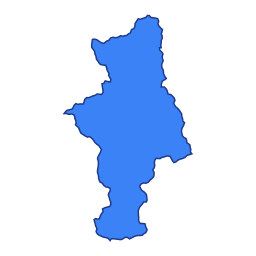 Dom Joaquim, Minas Gerais, Brazil (Robinson projection)
{"feature_id": "56859067B12051432209613", "entity_name": "Dom Joaquim", "entity_type": "district", "adm_level": 2, "iso_a3": "BRA", "parent_name": "Brazil", "parent_adm1": "Minas Gerais", "projection": "robinson", "projection_center": [-43.263, -18.933], "detail": "fine", "context": "isolated", "style": "filled", "palette": "blue", "viewbox_px": 256, "rotation_deg": 0, "n_neighbors": 0, "source": "geoboundaries", "source_scale": "gbopen_adm2", "svg_char_len": 3438}
<svg xmlns="http://www.w3.org/2000/svg" viewBox="0 0 256 256"><path d="M102.0,83.8L102.3,86.4L102.8,88.9L103.1,92.3L101.5,94.5L99.0,94.2L97.1,94.0L95.4,95.2L93.2,95.8L91.1,96.7L89.0,97.6L86.6,97.6L84.7,99.4L84.1,101.9L83.2,104.1L80.0,103.9L77.8,104.4L75.9,103.6L74.2,105.2L72.4,108.9L69.7,109.7L67.3,110.2L65.7,111.5L64.1,113.6L66.4,113.5L69.1,114.4L72.0,113.9L73.8,114.8L74.8,116.7L74.9,118.7L75.9,120.8L76.1,122.8L75.5,124.7L76.8,126.1L78.4,127.4L79.6,130.3L80.9,133.1L82.7,134.3L84.8,135.7L87.4,137.1L89.7,136.6L91.1,137.7L93.0,139.5L94.8,142.3L96.7,144.1L98.4,145.3L99.7,146.9L101.4,149.5L100.5,152.1L99.3,154.4L98.1,156.5L97.5,158.7L98.3,161.3L98.4,164.6L98.0,167.6L97.5,170.1L97.5,172.6L98.4,175.1L98.6,177.9L99.2,180.3L100.1,182.1L102.2,183.1L103.9,185.5L105.9,186.9L107.9,187.3L110.0,188.2L110.3,190.8L108.9,192.8L108.3,194.8L109.2,197.4L109.8,199.8L110.7,202.1L110.8,204.5L109.8,206.4L107.6,207.0L105.0,207.7L102.5,208.9L103.1,211.6L101.8,213.3L100.3,215.8L99.5,218.8L97.4,219.1L95.6,218.6L94.1,219.5L94.5,221.5L95.1,223.3L95.7,226.0L96.9,228.5L96.1,231.7L97.3,233.8L99.2,235.3L100.8,235.9L103.0,237.0L105.0,237.4L106.7,237.8L108.5,238.6L110.1,240.6L111.0,239.0L113.0,238.7L115.5,239.0L117.8,239.2L119.9,239.6L122.0,239.4L123.6,238.3L125.5,237.2L127.8,237.6L129.6,238.9L131.9,237.7L134.6,236.3L137.4,235.5L140.1,235.5L142.3,235.3L143.5,233.9L145.1,233.1L146.4,231.7L147.1,229.6L145.9,227.4L145.0,223.8L142.7,223.5L140.3,223.5L138.6,221.0L138.7,217.6L138.4,214.4L138.2,211.5L138.8,208.9L139.7,207.0L141.1,205.5L142.5,203.7L143.8,202.0L146.3,202.0L147.1,200.1L146.8,197.7L146.4,194.5L144.3,192.1L141.8,190.4L140.5,188.2L139.6,186.0L141.2,183.9L143.6,183.0L146.1,183.2L148.4,182.1L150.2,179.9L152.1,178.4L153.6,176.8L154.0,174.9L154.1,172.4L152.7,170.0L154.2,167.9L154.8,165.3L154.3,162.4L154.8,160.2L156.0,158.4L157.8,158.5L160.1,158.6L161.9,157.4L164.5,156.8L167.3,155.9L170.0,156.3L171.4,158.7L172.5,160.8L174.0,162.6L175.9,161.9L177.9,160.2L179.9,159.2L182.3,158.6L184.7,157.6L187.3,155.3L190.0,154.5L191.9,153.8L190.4,152.0L190.8,149.4L190.1,147.1L190.0,145.1L188.4,143.7L186.7,142.6L186.7,140.6L186.1,138.6L184.0,137.5L182.4,135.8L181.8,133.2L181.4,130.7L182.0,128.4L183.0,126.5L183.9,124.5L184.6,122.7L182.8,121.1L182.6,118.6L181.8,116.6L181.7,114.1L180.5,112.1L179.3,110.2L177.5,108.2L175.6,106.7L174.6,105.1L173.6,103.0L175.0,100.4L174.1,97.9L172.6,96.3L170.9,94.6L168.1,94.1L167.1,90.5L166.0,88.7L164.4,87.0L161.3,87.0L161.4,84.1L162.2,81.2L164.7,79.7L166.3,78.5L164.9,76.6L163.6,74.0L163.3,70.3L161.8,67.3L161.7,64.2L163.2,60.7L162.4,58.3L162.3,56.2L163.0,53.9L161.9,52.1L159.9,50.4L159.4,47.8L161.2,47.7L160.8,45.1L161.2,42.6L161.3,40.3L162.2,38.4L162.2,36.1L161.3,34.0L161.9,31.9L162.5,29.6L160.7,28.0L158.9,26.0L157.9,23.8L158.7,21.3L157.7,18.7L155.5,18.1L153.5,17.8L150.8,17.4L149.4,15.6L147.6,15.4L145.8,17.4L142.8,18.4L140.3,19.3L138.2,18.8L136.5,21.3L135.1,23.5L134.9,26.2L133.9,28.6L131.5,29.6L130.4,32.9L128.4,34.0L126.7,35.4L124.6,35.7L123.0,36.3L120.6,35.7L117.9,37.3L115.2,37.7L112.9,37.3L110.6,38.0L108.9,40.2L106.6,41.2L103.8,43.4L101.1,42.7L99.0,41.2L96.8,39.7L94.3,39.1L92.4,39.4L92.0,42.2L91.7,44.9L91.7,47.3L93.2,49.4L94.6,51.3L94.9,53.9L96.0,56.3L96.5,59.3L98.0,61.2L99.0,62.9L100.3,64.4L103.2,65.1L105.7,65.3L106.4,67.1L106.9,69.2L107.7,71.5L109.0,73.3L108.6,75.3L109.7,77.4L110.8,79.0L110.4,81.9L107.4,81.5L105.2,80.9L103.9,83.3L102.0,83.8Z" fill="#3b82f6" stroke="#1e3a8a" stroke-width="1.5"/></svg>